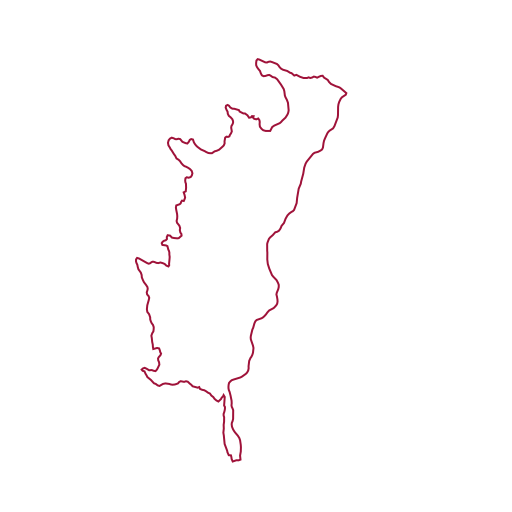 the district of Pedras de Maria da Cruz, Minas Gerais, Brazil, rotated 154°
{"feature_id": "56859067B60399140599304", "entity_name": "Pedras de Maria da Cruz", "entity_type": "district", "adm_level": 2, "iso_a3": "BRA", "parent_name": "Brazil", "parent_adm1": "Minas Gerais", "projection": "natural_earth1", "projection_center": [-44.322, -15.582], "detail": "fine", "context": "isolated", "style": "outline", "palette": "rose", "viewbox_px": 512, "rotation_deg": 154, "n_neighbors": 0, "source": "geoboundaries", "source_scale": "gbopen_adm2", "svg_char_len": 6150}
<svg xmlns="http://www.w3.org/2000/svg" viewBox="0 0 512 512"><g transform="rotate(154 256 256)"><path d="M408.6,204.0L408.2,202.5L406.8,201.2L406.9,198.7L406.7,196.5L406.7,194.8L404.8,190.7L403.5,186.3L402.2,185.0L401.1,182.8L399.7,181.5L395.7,181.8L393.3,181.2L390.0,179.0L388.9,177.9L387.5,176.9L385.3,176.1L383.4,175.8L381.8,175.7L380.5,176.4L378.6,176.5L375.8,174.4L373.8,174.1L372.4,172.9L371.4,170.2L370.6,168.6L370.1,166.7L366.1,163.2L364.5,163.1L364.6,161.1L363.0,159.3L361.3,158.0L360.1,156.2L359.0,154.1L357.7,152.6L357.3,150.1L356.2,147.9L355.9,145.8L354.9,143.5L353.6,141.7L350.1,142.8L348.8,143.8L347.4,144.1L346.1,145.2L345.9,143.0L350.2,135.6L350.1,133.9L350.9,132.3L351.9,130.9L353.1,129.5L354.4,128.2L355.1,126.6L355.3,125.1L357.3,121.1L359.1,118.4L360.6,115.0L362.8,111.5L363.6,108.8L366.6,100.8L367.3,93.6L367.7,92.1L367.8,88.9L365.9,87.8L366.3,86.0L366.9,84.2L367.0,81.5L363.1,81.0L361.3,80.0L359.2,79.8L357.8,83.6L355.4,86.9L353.4,90.7L352.5,92.9L351.1,97.3L350.8,99.7L351.1,102.4L352.2,106.7L352.5,108.8L352.6,110.6L352.4,113.2L351.6,115.5L350.8,116.7L349.5,117.8L348.0,119.6L344.1,127.4L343.9,129.2L343.9,131.0L343.5,132.5L342.4,134.3L341.4,136.6L340.1,141.6L339.3,145.4L339.2,147.4L338.7,149.2L338.0,150.7L337.1,152.2L335.9,153.7L334.4,154.4L332.4,155.0L330.4,154.8L323.4,153.7L321.8,153.7L316.9,154.5L315.2,155.1L313.3,156.4L311.9,158.2L311.0,160.2L308.1,164.7L305.6,166.8L304.4,167.4L302.6,168.8L301.1,170.4L298.6,174.4L298.0,176.8L297.2,183.3L296.6,184.9L295.7,186.4L291.5,191.5L290.1,192.6L287.0,196.1L285.2,197.6L283.5,198.2L278.3,197.6L276.9,197.7L275.0,198.2L272.7,199.1L270.5,200.3L268.0,201.3L263.8,201.4L262.4,201.6L259.4,202.8L257.9,203.8L256.6,205.6L255.8,207.5L255.0,210.2L254.5,212.5L253.4,213.9L250.6,216.4L249.2,218.1L248.2,220.1L248.0,222.3L248.1,225.3L249.5,229.7L250.0,231.8L249.6,238.8L248.9,243.6L247.4,247.9L244.3,254.1L243.6,255.9L240.7,261.9L239.7,263.1L236.9,265.7L235.2,266.5L231.8,267.4L228.2,268.9L226.7,268.5L224.5,268.6L222.7,269.5L221.3,270.5L219.8,271.9L216.4,273.4L213.0,276.6L209.9,278.7L207.5,279.6L204.7,280.1L203.3,280.1L201.6,280.7L196.3,285.7L193.4,290.4L188.1,297.8L184.1,301.3L182.8,303.1L177.5,309.2L173.9,314.3L170.9,317.3L169.0,318.6L160.0,322.8L158.1,323.1L154.5,322.4L151.6,322.5L149.9,322.8L148.3,324.1L145.8,327.9L144.3,329.8L142.4,331.5L138.1,335.0L136.7,335.8L134.9,336.4L130.8,336.9L128.5,338.4L121.9,344.6L120.6,346.6L116.8,354.1L115.4,356.2L113.7,358.0L110.9,360.2L109.1,361.0L104.6,361.6L103.4,362.8L106.1,369.1L107.0,370.8L108.3,372.2L109.8,373.6L113.2,377.8L114.1,380.5L114.3,382.7L115.3,384.4L116.6,386.4L117.1,388.8L118.8,389.4L120.7,389.5L122.9,389.5L124.1,390.9L125.4,391.9L127.3,391.8L129.2,392.2L130.4,393.5L132.1,393.6L135.3,395.2L137.9,397.8L140.3,401.1L142.5,401.4L143.9,404.8L145.0,405.7L146.8,408.6L150.1,411.6L151.3,413.3L152.0,415.4L152.3,417.6L153.0,419.4L156.4,423.1L158.0,424.6L159.9,425.1L161.3,425.1L162.8,426.0L166.9,431.1L168.2,432.2L169.9,431.5L171.3,429.4L172.2,427.4L172.3,425.7L172.1,424.0L171.8,422.5L171.3,420.6L171.6,418.0L171.5,415.8L170.4,414.3L168.6,413.7L166.2,413.4L164.7,412.9L163.7,411.5L162.7,409.6L160.7,408.0L159.5,405.6L158.4,399.1L157.9,393.9L158.3,391.7L159.7,387.6L159.9,385.8L159.8,382.8L160.1,379.7L162.8,372.6L163.9,371.1L164.9,370.0L166.1,369.1L168.9,367.4L172.9,366.2L174.8,365.4L176.4,365.0L182.4,365.2L184.9,364.8L188.4,362.2L190.7,363.3L192.5,364.2L194.4,365.9L195.3,367.9L195.8,370.5L195.0,372.9L193.9,374.8L193.4,376.5L193.7,378.6L195.8,378.7L197.5,380.1L198.0,381.6L196.9,382.7L198.3,383.5L199.7,382.8L201.6,383.3L202.0,386.2L203.4,388.9L204.9,389.7L207.4,393.0L207.4,394.6L210.9,397.8L212.7,398.8L214.0,400.8L214.4,402.9L215.3,404.2L217.0,404.2L218.2,402.7L218.4,400.5L218.3,398.1L219.0,396.2L219.0,393.9L218.0,391.8L217.3,389.3L217.5,387.3L218.2,385.8L219.5,384.6L221.1,383.6L222.1,382.1L223.1,378.6L224.7,377.2L226.3,376.3L227.5,375.2L229.0,375.3L230.2,376.2L231.8,375.9L234.0,372.9L234.9,370.9L236.5,369.5L237.9,369.0L242.6,367.7L245.2,367.8L247.3,368.2L250.5,367.7L252.2,368.5L253.7,369.5L255.2,371.3L256.1,372.7L258.8,375.9L260.8,379.8L261.4,381.5L261.8,383.3L262.0,385.4L261.6,388.3L263.0,389.5L264.6,389.4L266.3,388.1L268.4,387.2L269.9,388.4L272.1,390.9L272.9,394.3L274.3,395.4L276.0,395.7L277.3,396.4L278.4,397.9L279.9,399.3L281.9,399.2L283.8,398.3L285.5,396.3L286.2,393.8L285.9,391.3L285.9,389.6L285.5,387.8L285.1,383.6L284.7,381.5L284.7,378.5L283.4,376.5L282.7,374.5L282.4,372.1L281.7,369.7L280.9,368.1L279.7,366.9L278.2,364.8L277.2,363.0L276.5,360.6L276.9,358.2L278.4,356.5L280.1,355.6L282.3,355.9L283.7,357.1L285.3,356.8L286.5,355.0L287.1,353.4L287.3,351.6L288.9,348.0L290.8,344.9L293.1,344.9L293.4,342.4L294.1,339.6L295.6,338.1L296.8,337.1L298.2,338.2L299.5,337.5L300.7,336.3L302.0,336.0L305.5,336.4L306.8,334.6L307.5,332.3L308.5,328.4L309.3,326.3L310.4,324.3L312.0,322.3L312.4,320.5L311.6,316.9L311.9,314.4L313.1,312.7L313.7,310.2L313.4,308.5L314.0,306.9L315.9,306.4L317.6,305.9L318.9,306.3L321.8,308.1L323.5,309.4L324.3,312.0L326.3,313.4L327.9,312.1L328.6,310.3L330.2,309.7L332.1,310.0L333.7,309.7L335.1,308.9L335.3,307.0L332.2,304.9L331.3,303.7L332.0,300.2L332.0,298.6L332.4,297.0L333.2,295.4L334.0,293.0L335.1,291.1L337.5,287.2L338.1,285.7L339.3,285.0L340.8,286.7L341.6,288.9L343.0,290.5L344.8,292.1L346.8,292.4L348.4,293.4L349.8,295.0L351.1,296.1L352.6,296.3L354.2,295.9L355.8,296.1L356.9,297.3L362.2,305.0L363.7,306.4L365.3,305.5L366.2,303.8L366.5,302.1L366.5,300.2L367.1,297.9L367.5,295.6L366.8,291.6L367.1,289.1L368.0,286.8L368.2,283.9L368.2,281.6L367.5,278.2L367.2,275.7L367.7,274.0L368.7,272.7L370.1,271.3L370.7,269.2L370.1,267.0L370.3,265.2L371.9,263.2L375.3,259.4L377.4,256.0L378.2,253.4L377.6,250.6L378.0,247.3L378.9,245.3L379.2,243.1L379.2,241.1L378.8,239.3L379.1,236.9L380.1,235.0L381.3,233.2L383.2,232.0L385.0,230.2L385.6,228.0L387.0,224.2L387.6,221.7L388.5,219.5L389.1,217.4L385.2,216.7L383.6,215.4L383.8,213.3L384.2,211.6L384.1,209.9L385.4,208.7L387.6,207.8L388.9,206.9L389.6,205.2L389.7,203.0L390.5,200.7L394.0,197.9L395.4,197.1L396.8,196.6L398.3,197.7L399.7,199.2L402.1,200.1L403.8,202.7L405.1,204.3L406.9,204.5L408.6,204.0Z" fill="none" stroke="#9f1239" stroke-width="2"/></g></svg>